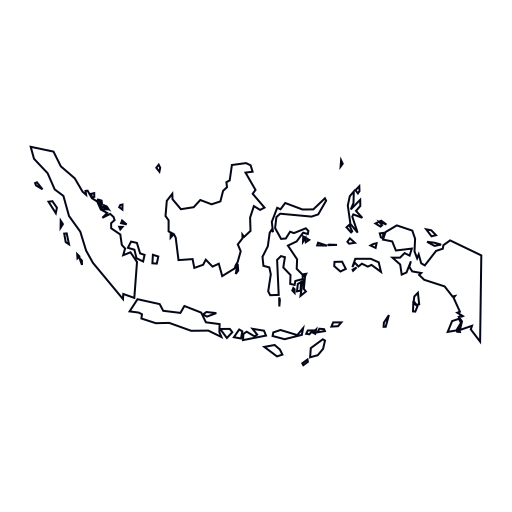 Indonesia, Equal Earth projection
{"feature_id": "IDN", "entity_name": "Indonesia", "entity_type": "country or territory", "adm_level": 0, "iso_a3": "IDN", "parent_name": "Asia", "parent_adm1": "", "projection": "equal_earth", "projection_center": [119.503, -2.501], "detail": "fine", "context": "isolated", "style": "outline", "palette": "ink", "viewbox_px": 512, "rotation_deg": 0, "n_neighbors": 0, "source": "natural_earth", "source_scale": "50m", "svg_char_len": 6134}
<svg xmlns="http://www.w3.org/2000/svg" viewBox="0 0 512 512"><path d="M172.3,193.8L172.5,199.2L180.9,209.2L193.7,207.2L200.3,200.0L211.6,204.3L220.4,201.4L223.1,190.8L227.0,187.2L226.4,182.2L229.7,180.4L231.9,165.0L246.0,163.1L250.6,165.3L252.6,171.7L245.5,172.6L255.5,189.9L252.7,193.8L264.5,207.6L260.1,209.9L253.9,206.1L250.1,217.6L250.5,230.9L244.1,236.9L242.4,234.6L242.5,238.3L237.8,244.4L240.7,251.2L237.6,262.2L235.7,265.2L234.7,268.4L222.2,276.1L218.8,263.7L212.5,266.6L205.8,259.7L203.1,264.8L194.3,267.9L192.6,259.1L178.5,260.1L175.7,237.6L173.8,234.1L168.6,231.4L168.6,220.3L165.5,216.0L166.8,200.8L172.3,193.8ZM30.7,146.8L53.5,151.6L60.8,166.3L74.8,178.4L82.5,191.6L86.1,194.8L85.5,190.9L87.6,190.7L91.9,198.2L97.2,201.5L100.8,209.5L107.2,213.0L102.4,217.8L110.2,213.9L113.5,216.9L114.6,220.1L111.1,223.2L111.2,228.3L120.3,234.5L121.8,244.9L125.1,248.5L123.2,255.2L130.5,252.3L137.0,262.0L134.3,297.9L123.3,294.0L123.0,299.1L92.9,262.8L86.1,250.6L80.3,231.7L69.0,216.0L63.4,195.9L54.7,189.4L47.6,173.2L34.0,158.8L30.7,146.8ZM481.3,255.4L480.1,341.6L470.8,329.4L472.0,325.8L459.9,330.0L462.0,321.4L458.7,316.9L459.9,316.3L461.8,316.6L462.9,316.1L457.3,312.7L459.9,311.7L453.6,297.8L455.0,296.0L452.5,296.5L444.6,286.4L424.2,279.8L419.1,274.9L421.2,273.0L412.2,271.4L409.3,266.9L410.9,261.3L406.5,272.5L401.7,274.6L400.2,264.5L392.5,257.7L400.0,257.7L404.6,253.1L409.6,255.6L411.8,248.6L395.9,250.5L392.2,241.4L383.0,239.6L385.5,232.1L396.8,225.4L412.3,230.6L415.1,238.8L414.5,251.4L417.1,258.3L418.7,254.4L421.2,263.3L424.8,265.4L436.1,250.9L442.8,248.7L443.4,245.2L450.1,240.4L481.3,255.4ZM326.1,200.7L318.2,214.4L311.5,216.6L280.2,213.7L276.4,217.1L275.1,228.1L281.1,238.9L285.8,238.5L290.1,231.7L293.9,233.1L305.8,228.3L308.4,231.0L307.8,234.0L303.1,232.7L296.7,241.4L287.9,245.6L297.1,259.3L296.7,268.8L302.6,274.7L302.8,279.0L295.3,281.0L294.6,284.9L290.2,283.9L290.5,275.0L283.3,267.5L284.9,257.2L281.0,256.1L277.1,259.9L278.7,294.9L270.2,295.2L268.2,291.3L270.8,274.3L269.3,267.4L263.4,265.8L262.5,256.8L267.8,246.3L269.7,232.7L271.7,229.7L273.0,232.1L271.8,221.9L277.2,207.8L280.5,209.3L285.2,203.0L302.5,209.5L313.3,209.4L324.9,198.3L326.1,200.7ZM137.5,299.2L159.7,304.1L163.2,310.8L180.4,312.9L184.4,306.0L201.2,312.6L205.9,322.3L219.6,324.1L219.4,332.2L221.4,337.0L208.3,330.6L191.2,330.8L169.2,322.9L155.8,323.2L141.4,318.5L142.0,314.3L138.8,312.6L129.6,311.4L137.5,299.2ZM350.8,209.4L360.2,199.8L360.3,206.0L356.0,210.9L362.3,217.8L353.3,214.4L352.3,216.7L357.6,232.6L350.4,223.9L347.8,205.5L349.8,196.2L353.8,191.5L353.5,203.0L350.8,209.4ZM370.7,258.8L378.7,262.3L381.0,271.9L371.5,264.9L367.8,266.6L361.9,263.7L358.4,266.5L354.7,262.6L352.4,267.1L355.3,258.8L370.7,258.8ZM301.8,334.9L284.6,339.2L272.6,336.0L273.3,332.4L280.5,330.0L297.3,335.1L303.1,328.2L301.8,334.9ZM252.5,328.8L264.0,330.7L266.0,335.6L243.0,340.1L243.4,333.9L246.7,331.7L254.6,336.4L257.2,334.6L252.5,328.8ZM322.8,339.3L325.0,340.6L323.1,348.8L317.8,355.2L310.1,357.3L310.8,348.1L322.8,339.3ZM136.9,242.9L140.1,253.4L144.6,254.9L143.1,261.5L136.5,258.2L134.4,249.7L127.9,247.8L131.1,241.6L136.9,242.9ZM456.4,330.4L447.7,331.9L452.1,321.1L458.9,318.8L461.0,322.8L456.4,330.4ZM274.6,345.0L279.9,349.5L282.4,354.6L277.0,356.4L264.3,346.9L274.6,345.0ZM342.1,261.7L345.8,268.9L340.4,271.5L334.2,266.1L334.5,261.9L342.1,261.7ZM229.8,328.9L232.3,332.2L226.9,338.0L220.2,329.0L229.8,328.9ZM242.3,331.3L241.0,338.5L233.9,337.2L239.2,329.5L242.3,331.3ZM158.3,256.5L156.8,263.6L152.4,263.3L152.9,254.8L158.3,256.5ZM417.9,292.8L419.2,304.3L416.5,304.8L413.7,301.2L414.3,296.5L417.9,292.8ZM216.3,313.1L207.0,316.6L203.0,314.5L206.4,312.0L216.3,313.1ZM304.8,279.0L303.8,288.9L305.9,291.5L300.5,295.9L302.6,282.0L304.8,279.0ZM52.4,201.2L56.9,207.7L55.8,213.2L48.5,201.7L52.4,201.2ZM69.0,244.3L65.7,242.1L64.2,233.6L66.7,233.4L69.0,244.3ZM385.7,326.8L383.6,326.8L383.9,322.6L388.9,315.1L385.7,326.8ZM381.2,220.7L386.4,224.5L379.3,221.8L382.0,225.3L380.5,226.6L375.5,223.5L381.2,220.7ZM318.1,242.7L326.9,245.6L317.2,245.4L318.1,242.7ZM300.5,290.7L297.0,291.3L297.8,284.0L301.1,282.0L300.5,290.7ZM426.2,229.3L431.3,230.3L436.0,235.2L431.5,236.3L426.2,229.3ZM341.3,322.4L338.0,326.2L331.4,326.6L333.2,322.4L341.3,322.4ZM417.5,306.2L415.3,311.6L413.0,311.4L413.3,302.9L417.5,306.2ZM354.9,242.8L349.1,243.7L347.4,241.8L349.9,238.4L354.9,242.8ZM427.1,241.8L434.3,242.7L441.1,244.6L434.5,245.9L427.1,241.8ZM303.2,236.4L309.2,239.9L305.8,242.2L305.6,238.0L303.0,241.8L303.2,236.4ZM357.9,193.4L355.5,190.2L359.3,186.2L359.5,191.1L357.9,193.4ZM319.4,328.7L324.1,329.2L324.9,331.1L317.5,332.3L319.4,328.7ZM376.6,243.2L375.6,247.9L370.5,245.5L373.1,244.1L376.6,243.2ZM238.2,270.7L235.7,273.9L237.7,263.9L238.2,270.7ZM349.2,224.9L352.2,231.4L351.1,232.4L346.5,227.3L349.2,224.9ZM42.5,189.3L36.0,185.4L35.1,183.1L36.9,182.3L42.5,189.3ZM159.4,171.7L156.3,167.8L158.7,164.7L160.2,167.7L159.4,171.7ZM383.0,238.2L380.9,237.4L379.8,233.4L383.3,232.9L383.0,238.2ZM106.9,209.3L101.8,209.3L102.0,206.2L106.9,209.3ZM94.2,193.1L94.3,196.9L92.1,197.7L91.2,193.8L94.2,193.1ZM313.0,330.4L309.3,334.3L306.2,333.8L307.8,330.5L313.0,330.4ZM303.3,365.2L302.3,363.3L307.5,359.5L307.9,361.8L303.3,365.2ZM329.0,244.6L337.0,244.9L327.6,245.2L329.0,244.6ZM122.5,204.5L122.4,209.6L119.2,207.2L120.3,205.0L122.5,204.5ZM173.4,234.5L170.6,237.7L170.7,233.8L173.4,234.5ZM81.9,260.6L82.0,264.9L79.3,257.7L81.9,260.6ZM122.1,220.5L126.6,224.4L121.1,223.2L122.1,220.5ZM294.6,292.9L292.3,290.5L293.3,288.0L294.6,289.2L294.6,292.9ZM62.9,224.1L60.6,227.8L60.7,220.7L62.9,224.1ZM101.2,207.5L99.7,206.4L99.5,202.1L101.4,204.3L101.2,207.5ZM342.7,163.7L340.6,166.6L341.1,160.3L342.7,163.7ZM316.1,329.5L315.2,333.8L313.0,332.7L316.1,329.5ZM101.6,200.6L101.9,203.0L97.2,199.3L101.6,200.6ZM119.2,226.8L122.5,226.9L120.3,229.4L119.2,226.8ZM108.5,209.1L103.9,206.7L104.1,205.3L106.8,206.5L108.5,209.1ZM306.2,273.8L304.8,276.8L303.8,274.2L306.2,273.8ZM356.6,267.4L353.1,270.8L352.6,269.8L356.6,267.4ZM459.9,332.0L457.0,331.7L456.7,330.9L459.0,329.1L459.9,332.0ZM279.9,299.9L279.3,306.5L279.2,297.4L279.9,299.9ZM79.3,256.3L77.5,258.2L77.2,254.2L79.3,256.3Z" fill="none" stroke="#020617" stroke-width="2"/></svg>